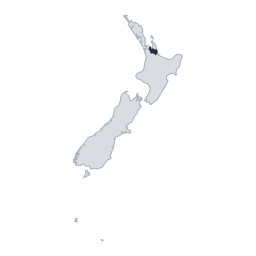 location of Hauraki District, Waikato, New Zealand
{"feature_id": "76426892B20926799897700", "entity_name": "Hauraki District", "entity_type": "district", "adm_level": 2, "iso_a3": "NZL", "parent_name": "New Zealand", "parent_adm1": "Waikato", "projection": "albers", "projection_center": [175.627, -37.294], "detail": "fine", "context": "in_parent", "style": "filled", "palette": "slate", "viewbox_px": 256, "rotation_deg": 0, "n_neighbors": 0, "source": "geoboundaries", "source_scale": "gbopen_adm2", "svg_char_len": 5225}
<svg xmlns="http://www.w3.org/2000/svg" viewBox="0 0 256 256"><path d="M130.1,100.8L131.2,100.8L135.9,97.1L137.9,96.2L138.4,96.1L137.3,97.3L137.6,98.0L136.5,100.6L137.4,100.1L138.0,98.4L138.6,98.0L138.4,97.1L141.2,97.3L140.3,99.1L138.8,100.2L139.7,100.2L141.9,98.4L141.9,99.4L139.1,102.5L140.0,104.1L139.3,105.5L140.1,105.3L141.2,106.3L140.6,107.7L137.6,111.2L137.2,113.0L134.5,116.1L131.6,121.9L126.3,125.7L127.3,126.7L125.5,128.1L127.0,127.8L128.1,130.0L130.5,130.6L130.8,132.7L129.2,133.3L127.6,132.4L125.4,132.8L126.1,131.9L125.1,131.4L123.5,133.2L121.1,131.2L122.5,133.6L117.9,136.5L115.9,136.8L115.3,138.3L114.2,138.5L114.9,138.9L113.7,146.5L112.4,146.6L113.7,147.4L113.5,148.1L112.1,150.4L110.2,156.3L111.1,157.6L111.0,158.5L107.2,160.2L102.0,167.4L96.9,168.8L94.0,168.2L90.7,168.9L90.0,167.0L88.8,166.0L85.8,166.3L84.2,164.3L82.9,163.9L81.5,165.2L76.8,165.4L75.9,165.1L75.6,164.4L77.2,162.0L75.7,163.4L75.0,163.3L75.6,162.3L75.4,161.4L73.5,162.5L73.5,160.6L77.7,158.9L76.0,158.9L75.8,158.3L77.4,156.7L75.1,157.1L75.4,155.4L76.6,155.3L76.1,154.1L78.7,155.1L78.3,154.0L79.2,153.6L77.4,152.9L77.2,151.7L78.1,150.7L79.3,151.0L78.4,150.0L80.3,147.7L81.0,149.3L80.9,147.0L83.5,144.6L84.6,145.4L84.0,143.4L88.2,137.8L90.6,136.3L92.0,136.4L94.3,134.7L95.3,135.2L94.9,134.1L95.1,133.5L101.0,130.2L100.9,129.2L101.6,129.0L101.1,128.8L104.4,125.3L105.8,125.5L104.9,124.6L106.3,123.7L107.8,124.3L106.9,123.3L108.2,122.6L108.9,123.4L108.8,122.2L110.8,119.5L111.3,121.5L111.5,121.2L111.3,119.2L112.7,116.7L113.8,116.1L113.2,115.4L115.1,107.8L117.3,106.7L119.3,104.4L120.5,100.1L120.8,97.0L121.9,94.6L125.3,91.5L128.2,91.4L126.2,91.7L126.0,93.3L126.6,94.6L128.8,95.5L130.1,100.8ZM126.3,16.7L129.7,22.2L131.4,20.4L131.7,21.7L134.9,23.2L135.5,22.6L138.2,24.0L138.6,26.0L140.4,25.3L142.7,29.4L142.4,30.5L143.1,32.0L141.3,32.2L145.4,38.5L144.9,40.8L145.6,42.3L144.7,45.1L146.4,46.0L147.0,45.3L150.5,47.0L151.3,49.7L152.9,49.6L152.3,43.2L151.3,41.6L152.1,40.5L154.3,43.9L155.2,43.8L156.2,46.6L157.3,52.6L158.7,54.4L158.0,54.1L157.8,54.6L158.5,55.2L165.0,58.3L169.9,59.6L172.8,58.5L174.5,56.1L177.3,54.3L179.9,54.5L182.5,56.2L181.0,59.5L179.5,66.8L176.6,68.9L175.9,72.6L176.4,74.1L175.8,75.3L174.7,73.7L172.1,73.2L167.8,74.9L166.6,76.7L166.4,79.1L168.0,80.6L165.3,86.6L163.9,88.3L157.1,99.7L150.8,104.6L149.9,104.2L149.4,102.2L146.7,102.3L146.9,100.1L146.6,99.8L145.6,101.1L144.4,100.7L149.3,92.3L150.2,88.2L149.2,86.0L147.8,84.0L143.6,82.3L141.5,80.2L137.4,78.6L136.2,77.5L135.7,76.2L136.5,74.0L138.6,72.6L141.8,71.7L143.7,69.4L144.8,62.4L146.0,59.9L145.6,58.3L146.8,57.2L144.8,52.7L145.2,51.4L144.6,51.2L143.4,48.4L144.1,48.2L144.9,49.8L145.5,48.5L146.8,48.2L145.3,46.4L143.5,47.0L142.2,46.4L141.3,43.7L139.3,40.9L139.9,40.8L141.4,42.2L142.0,41.1L140.9,39.4L141.3,37.7L140.0,36.7L139.9,37.8L137.7,36.3L136.4,33.6L136.5,35.0L139.0,38.8L138.4,39.6L137.9,39.2L131.2,29.2L133.3,26.3L132.0,26.9L130.8,28.6L130.2,27.9L129.8,26.7L128.1,25.0L128.8,24.0L128.8,22.6L123.6,15.8L127.1,15.4L126.3,16.7ZM87.1,170.3L88.9,172.7L88.0,172.6L88.1,173.1L89.8,173.6L89.9,174.7L83.9,177.5L85.9,173.0L85.6,170.5L87.1,170.3ZM76.6,220.5L77.2,222.0L75.3,221.3L74.3,221.8L75.7,220.1L75.7,218.4L77.1,218.5L76.6,220.5ZM152.6,36.8L153.0,38.8L150.9,37.3L150.8,36.3L151.3,35.6L152.6,36.8ZM137.5,95.5L136.3,96.2L136.5,94.6L138.0,93.6L137.5,95.5ZM75.4,158.5L75.3,159.4L73.6,159.2L74.8,158.0L75.4,158.5ZM102.5,239.7L103.0,240.3L102.1,240.6L101.2,239.8L102.5,239.7ZM76.9,152.4L77.4,153.9L76.2,153.2L76.9,152.4Z" fill="#d9dde1" stroke="#a8b0b8" stroke-width="1"/><path d="M152.9,49.2L152.7,49.2L152.6,49.4L152.5,49.5L152.4,49.5L152.1,49.7L151.9,49.8L151.7,49.8L151.4,49.9L151.4,50.0L151.4,49.9L151.2,49.8L150.9,49.7L150.7,49.5L150.7,49.4L150.5,49.9L150.6,50.0L150.9,51.2L151.1,51.5L151.3,51.7L151.3,51.8L151.2,52.0L151.3,52.0L151.4,52.3L151.5,52.4L151.4,52.4L151.4,52.5L151.6,52.4L151.6,52.5L151.8,52.6L152.2,52.5L152.6,52.5L152.6,52.4L153.3,52.3L153.8,52.3L153.8,52.5L153.9,52.8L154.0,52.7L154.1,52.8L154.1,52.7L154.3,52.8L154.5,52.8L154.5,53.0L154.5,52.9L155.0,52.9L155.0,53.0L155.0,53.3L155.0,53.5L154.9,53.8L155.1,53.6L155.6,54.1L155.7,53.9L155.8,53.8L155.7,53.7L155.5,53.4L155.6,53.2L155.8,53.0L156.0,53.3L156.4,53.3L156.4,53.2L156.2,53.0L156.1,52.9L156.2,52.7L156.3,52.6L156.5,52.5L156.6,52.4L156.5,52.2L156.7,51.9L156.8,51.8L156.8,51.7L156.9,51.4L156.8,51.2L156.7,51.2L156.7,50.9L156.6,50.7L156.4,50.5L156.4,50.4L156.4,50.5L156.4,50.4L156.4,50.2L156.2,49.9L156.0,50.0L155.9,50.2L155.8,50.3L155.7,50.4L155.7,50.5L155.3,50.6L155.2,50.6L154.9,50.7L154.9,50.8L154.8,50.7L154.7,50.7L154.5,50.8L154.4,50.7L154.4,50.8L154.2,50.8L154.2,50.7L154.1,50.8L154.1,50.7L154.0,50.8L153.9,50.8L153.9,50.7L153.7,50.6L153.4,50.6L153.5,50.4L153.6,50.2L153.4,50.1L153.2,50.1L153.2,49.9L153.1,49.7L153.1,49.4L152.9,49.3L152.9,49.2ZM150.7,49.4L150.7,49.2L150.5,48.8L150.5,48.7L150.4,48.7L150.5,48.5L150.5,48.4L150.5,48.2L150.4,48.0L150.5,47.9L150.5,47.7L150.4,47.6L150.4,47.4L150.2,47.4L150.2,47.7L150.1,47.8L149.9,47.9L149.9,48.2L150.0,48.2L150.0,48.5L149.9,48.5L149.7,48.5L149.7,48.4L149.7,48.5L149.8,48.6L149.7,48.7L149.8,48.7L149.9,48.9L150.0,48.8L150.1,49.3L150.1,49.5L150.2,49.4L150.3,49.5L150.3,49.4L150.5,49.4L150.7,49.4Z" fill="#64748b" stroke="#1e293b" stroke-width="1.5"/></svg>